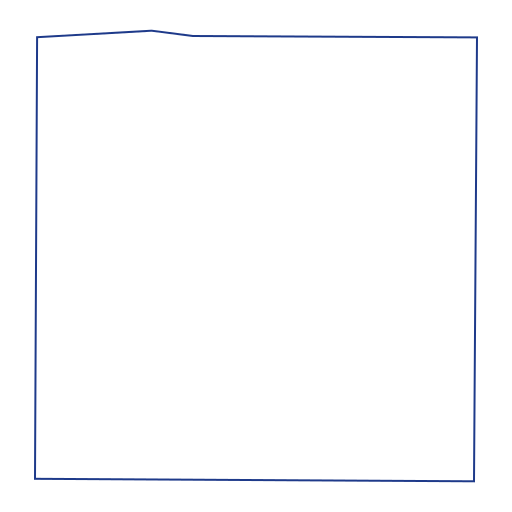 outline of Scurry, Texas, United States of America
{"feature_id": "52423323B97167662457996", "entity_name": "Scurry", "entity_type": "district", "adm_level": 2, "iso_a3": "USA", "parent_name": "United States of America", "parent_adm1": "Texas", "projection": "orthographic", "projection_center": [-100.907, 32.748], "detail": "fine", "context": "isolated", "style": "outline", "palette": "blue", "viewbox_px": 512, "rotation_deg": 0, "n_neighbors": 0, "source": "geoboundaries", "source_scale": "gbopen_adm2", "svg_char_len": 204}
<svg xmlns="http://www.w3.org/2000/svg" viewBox="0 0 512 512"><path d="M477.0,37.4L192.8,36.0L151.6,30.7L37.1,37.2L35.0,478.8L474.0,481.3L477.0,37.4Z" fill="none" stroke="#1e3a8a" stroke-width="2"/></svg>